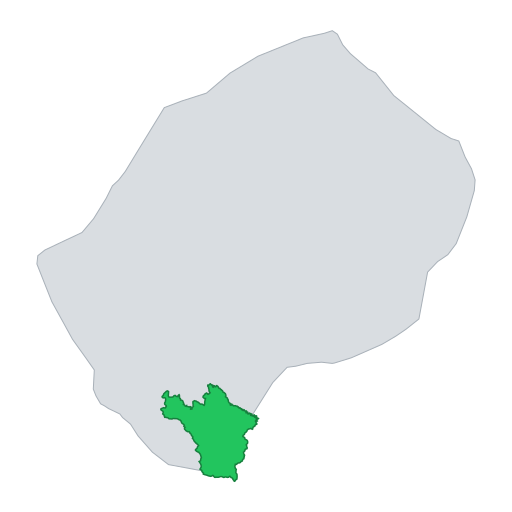 location of Tosing, Quthing, Lesotho
{"feature_id": "5366337B57402845150405", "entity_name": "Tosing", "entity_type": "district", "adm_level": 2, "iso_a3": "LSO", "parent_name": "Lesotho", "parent_adm1": "Quthing", "projection": "albers", "projection_center": [28.037, -30.451], "detail": "fine", "context": "in_parent", "style": "filled", "palette": "green", "viewbox_px": 512, "rotation_deg": 0, "n_neighbors": 0, "source": "geoboundaries", "source_scale": "gbopen_adm2", "svg_char_len": 7032}
<svg xmlns="http://www.w3.org/2000/svg" viewBox="0 0 512 512"><path d="M351.3,357.8L334.5,363.0L332.2,363.4L321.5,362.2L307.1,363.4L295.8,366.2L287.1,367.3L272.8,382.5L246.9,423.6L240.0,432.2L238.0,448.4L232.1,461.2L224.7,471.2L217.6,473.6L196.0,469.7L168.5,464.6L152.4,452.2L138.1,436.0L130.5,424.1L122.6,417.6L119.9,414.0L108.6,408.6L104.4,405.8L100.6,403.8L96.0,395.9L93.3,389.1L94.3,370.0L86.3,358.6L72.5,339.3L63.8,323.4L51.9,301.8L44.5,283.2L36.9,264.0L37.8,255.7L44.9,250.0L65.8,240.1L82.0,232.5L93.6,218.7L106.3,198.1L112.4,185.8L118.6,180.1L125.3,171.4L137.1,152.0L150.2,130.6L164.3,107.6L182.1,100.9L206.5,93.1L230.0,73.1L258.0,56.2L303.2,37.9L324.3,33.3L332.3,30.7L337.4,34.2L342.7,44.8L350.3,53.6L368.1,69.0L375.6,72.8L393.8,95.6L413.3,111.3L435.7,129.4L451.0,138.5L458.8,141.0L465.1,157.0L471.5,168.8L475.1,179.9L474.3,190.6L466.8,216.9L456.2,243.6L447.8,254.7L437.6,261.6L427.6,272.1L423.6,293.7L418.9,319.0L405.9,329.3L395.9,336.1L382.0,344.3L351.3,357.8Z" fill="#d9dde1" stroke="#a8b0b8" stroke-width="1"/><path d="M203.3,474.1L204.6,474.6L206.9,475.2L208.3,475.8L210.6,476.3L211.9,476.0L212.7,475.4L213.2,475.5L213.9,476.5L214.6,477.3L215.2,477.4L216.0,477.1L216.8,477.3L218.8,477.2L220.2,476.6L221.0,476.6L222.0,476.6L223.4,477.4L224.1,477.4L224.9,477.0L225.8,476.9L227.4,477.4L228.6,477.2L229.6,476.3L230.0,476.3L231.1,477.6L231.7,477.7L232.7,478.5L233.0,479.6L233.5,479.9L234.2,481.2L234.6,481.3L235.2,480.8L236.0,479.5L236.8,479.2L237.0,478.2L237.1,476.5L237.0,474.6L236.9,474.1L236.1,473.1L235.8,472.5L236.0,471.5L235.9,470.6L236.3,469.8L236.2,469.3L235.1,467.9L235.1,467.2L234.9,466.6L234.8,466.1L235.3,464.9L235.3,464.3L236.6,464.4L237.2,463.6L238.3,462.9L239.4,462.9L240.1,462.6L240.5,462.3L241.0,461.5L241.9,461.3L242.4,460.8L242.5,459.9L242.9,459.3L243.9,458.7L243.8,457.8L243.9,457.3L244.3,457.0L244.3,456.3L244.1,455.9L244.6,455.2L243.8,454.0L243.5,452.6L243.5,452.1L244.6,451.3L244.6,450.6L245.1,450.1L245.1,449.5L245.4,449.2L245.8,449.0L246.7,448.9L247.0,448.7L247.1,448.4L247.2,447.7L246.8,447.0L246.6,445.5L246.2,444.9L246.7,444.2L247.6,443.2L247.7,441.9L247.5,441.0L247.0,440.2L244.9,439.0L244.6,437.5L242.9,436.6L243.1,435.3L244.4,434.5L244.8,433.0L246.2,432.0L246.9,431.1L247.2,430.1L248.1,429.3L249.0,428.8L249.6,428.9L250.3,428.7L250.8,428.4L252.2,429.3L252.7,429.0L252.8,427.9L253.1,427.3L253.4,426.9L253.8,426.8L254.0,426.5L254.9,426.0L254.8,425.6L255.5,424.9L255.5,424.7L256.4,424.4L256.2,424.0L256.8,423.8L256.6,423.2L256.0,422.5L255.9,421.8L255.5,421.2L256.2,420.9L257.0,421.2L257.3,421.0L257.1,420.8L256.9,420.7L256.8,420.3L256.3,420.1L256.7,419.7L256.4,419.5L256.2,418.9L256.2,418.7L256.6,418.7L256.7,419.0L257.5,419.1L257.8,418.7L258.4,418.7L258.5,418.5L257.6,418.1L257.2,418.6L256.9,418.7L256.7,418.2L256.7,417.6L256.3,417.3L256.7,417.0L256.5,415.9L256.3,415.9L256.2,416.5L255.3,415.9L255.4,417.1L255.0,417.3L254.6,417.2L254.4,416.9L254.2,415.9L253.3,416.2L253.0,416.2L252.9,415.7L253.3,415.2L251.6,415.6L251.4,415.2L251.5,414.6L250.7,415.1L250.7,414.2L250.9,414.1L251.5,414.3L251.0,413.7L250.3,413.7L249.7,413.3L249.6,413.6L248.9,413.9L248.6,413.6L248.1,413.8L248.1,413.5L248.5,413.4L248.7,413.2L247.7,413.2L247.4,412.7L247.5,412.3L247.2,412.3L246.9,412.8L246.6,412.8L247.0,412.2L246.8,411.5L246.7,411.5L246.5,411.8L245.9,411.9L245.9,411.5L246.2,411.1L246.1,410.9L245.7,411.1L244.7,410.8L244.3,410.0L243.5,410.5L243.1,410.5L242.8,410.0L242.9,409.8L243.2,409.8L243.1,409.6L242.8,409.4L242.2,409.5L242.3,409.9L242.1,409.9L241.4,409.4L241.2,408.9L241.3,408.7L240.5,408.4L240.3,408.0L240.1,407.9L240.0,408.1L239.6,407.8L239.2,408.1L238.3,407.3L238.3,406.9L237.7,406.8L237.3,406.2L236.3,406.2L235.7,405.7L235.4,405.8L234.0,405.7L233.6,405.8L233.4,405.5L232.9,405.4L232.6,405.0L232.1,404.9L232.0,404.3L231.6,404.1L231.1,404.4L231.2,404.8L231.0,405.2L230.4,405.1L230.2,404.4L230.5,404.1L230.4,403.6L230.0,403.2L229.5,403.1L228.7,402.3L228.5,401.5L228.2,400.9L228.3,400.2L228.1,399.7L227.7,399.4L227.7,399.0L227.2,397.9L225.5,396.8L225.8,396.3L225.9,395.7L225.7,394.5L225.4,393.7L225.1,393.4L224.5,393.1L224.4,392.8L223.9,392.4L223.0,392.1L222.6,390.9L222.3,390.5L221.6,390.2L221.3,389.6L220.7,389.5L219.9,388.4L219.1,388.3L218.7,387.9L218.0,386.5L217.6,386.4L216.9,385.6L216.4,385.6L215.7,386.8L214.8,386.6L214.4,385.8L214.2,385.8L213.8,386.0L213.3,385.6L213.3,386.2L213.0,386.5L213.4,387.1L213.2,387.3L212.7,386.9L212.7,386.3L212.0,385.5L212.0,385.2L211.7,384.8L211.2,384.7L210.4,383.8L209.9,384.0L208.6,385.2L207.8,385.1L207.7,385.6L207.8,386.3L208.2,386.7L208.6,387.6L208.6,388.3L209.0,389.5L209.0,391.0L209.4,391.4L209.5,392.2L210.1,392.8L209.4,393.5L208.2,394.3L207.9,394.3L207.9,393.9L207.2,393.6L206.7,393.0L206.4,393.1L205.2,393.8L205.3,394.0L204.3,395.1L203.8,395.4L203.5,396.0L203.2,396.1L203.0,397.2L203.5,397.7L204.4,398.5L205.5,398.5L204.8,401.5L204.6,404.4L204.2,405.4L203.7,405.3L203.0,404.6L202.3,404.3L201.9,404.0L200.7,404.3L200.0,403.8L198.9,402.8L197.9,402.0L197.1,401.9L196.4,401.2L194.3,400.7L193.3,401.6L193.0,401.6L192.9,403.1L193.1,404.1L193.1,405.7L193.4,406.3L192.4,407.5L191.8,409.2L191.1,409.1L190.6,409.2L190.7,408.4L190.5,407.7L191.1,407.1L190.4,406.7L190.1,406.6L189.2,407.0L187.2,406.4L186.7,406.4L186.6,405.6L185.8,406.2L185.3,406.2L184.5,404.9L183.4,404.5L183.8,403.4L183.3,402.5L182.8,401.0L182.1,400.4L181.3,400.1L180.6,400.1L180.4,398.7L179.7,398.3L179.7,397.8L179.3,397.0L179.5,396.6L179.4,395.1L179.1,394.7L178.1,395.5L177.8,396.5L177.6,396.6L176.7,396.5L175.9,396.2L175.4,395.5L175.0,395.4L173.9,395.8L173.4,396.6L172.5,397.1L170.2,397.2L169.2,397.1L168.8,396.9L168.5,396.4L168.3,395.6L168.6,391.7L167.7,390.9L166.5,391.2L163.8,393.8L163.5,394.5L163.3,395.5L162.4,396.1L162.1,396.6L162.3,397.4L163.2,397.9L164.5,397.7L165.4,398.1L165.7,399.6L165.3,401.9L164.7,402.8L164.6,403.8L164.8,404.4L166.2,405.6L166.3,405.9L166.3,406.5L165.8,406.8L165.7,407.6L165.2,408.0L163.6,407.7L161.1,408.7L160.8,409.2L161.0,409.9L161.6,410.4L162.6,411.0L163.0,411.4L163.2,412.6L162.7,413.9L163.0,414.2L163.9,414.8L164.7,417.3L165.6,417.2L166.0,417.5L167.8,417.7L169.0,418.8L170.3,418.9L170.7,418.8L171.6,419.0L172.4,418.9L172.9,418.5L177.2,418.7L178.6,419.4L179.1,419.8L180.3,420.1L180.7,420.8L181.1,421.1L181.6,422.8L182.4,423.6L183.8,424.4L184.3,425.4L183.8,426.2L184.2,426.7L185.1,427.3L184.5,428.2L184.5,429.0L185.0,429.6L185.6,430.2L185.9,430.7L186.6,431.0L187.3,431.6L188.5,431.8L189.3,431.7L190.0,432.8L190.0,433.3L191.1,434.1L191.4,434.8L191.4,435.3L192.9,437.0L192.4,438.3L193.4,439.3L194.1,441.0L194.6,441.7L195.0,441.9L195.7,442.9L196.0,443.2L196.6,443.3L197.1,444.2L197.6,444.4L198.5,445.4L198.6,445.6L197.8,446.4L197.3,447.2L197.2,448.1L196.9,448.5L196.1,449.0L195.4,450.0L196.4,451.2L198.1,452.1L198.7,452.2L199.2,452.9L200.0,453.7L200.3,454.5L200.7,455.1L200.7,455.8L201.1,456.5L201.1,457.4L201.4,457.8L200.7,459.0L200.7,460.1L200.5,460.8L199.1,461.5L200.4,463.5L201.0,464.8L201.1,465.4L201.2,467.1L200.1,468.9L200.0,469.2L201.8,470.4L202.0,471.7L202.7,472.3L203.0,472.8L203.4,473.0L203.3,474.1Z" fill="#22c55e" stroke="#15803d" stroke-width="1.5"/></svg>